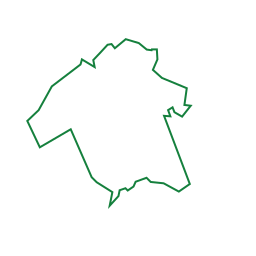 Juba, Central Equatoria, South Sudan, rotated 225°
{"feature_id": "79223893B61077901252755", "entity_name": "Juba", "entity_type": "district", "adm_level": 2, "iso_a3": "SSD", "parent_name": "South Sudan", "parent_adm1": "Central Equatoria", "projection": "orthographic", "projection_center": [31.407, 4.711], "detail": "fine", "context": "isolated", "style": "outline", "palette": "green", "viewbox_px": 256, "rotation_deg": 225, "n_neighbors": 0, "source": "geoboundaries", "source_scale": "gbopen_adm2", "svg_char_len": 713}
<svg xmlns="http://www.w3.org/2000/svg" viewBox="0 0 256 256"><g transform="rotate(225 128 128)"><path d="M166.7,200.5L166.3,199.7L170.2,196.7L180.4,195.7L192.4,189.2L193.7,175.1L199.0,175.7L201.3,172.4L200.9,162.4L200.6,151.5L194.7,147.5L209.1,143.9L207.9,141.9L206.5,139.3L211.3,103.6L203.8,77.4L204.2,61.8L176.7,52.0L167.6,86.6L118.9,67.5L111.8,67.5L93.7,71.6L86.0,60.1L86.6,73.1L89.9,78.1L87.2,83.6L84.0,83.6L82.7,90.5L84.6,95.4L79.7,105.9L73.8,105.9L63.7,114.1L47.1,119.0L44.7,132.1L111.1,162.1L106.3,166.2L112.3,169.0L111.1,174.1L106.3,172.0L97.8,174.3L99.4,188.1L104.4,184.2L114.6,197.7L139.4,187.4L151.5,186.7L155.7,197.3L163.2,204.0L166.7,200.5Z" fill="none" stroke="#15803d" stroke-width="2"/></g></svg>